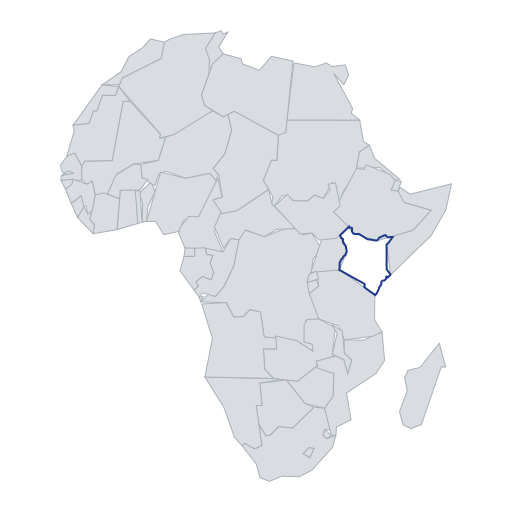 Kenya highlighted on a map of Africa
{"feature_id": "KEN", "entity_name": "Kenya", "entity_type": "country or territory", "adm_level": 0, "iso_a3": "KEN", "parent_name": "Africa", "parent_adm1": "", "projection": "orthographic", "projection_center": [37.674, 0.4], "detail": "fine", "context": "in_parent", "style": "outline", "palette": "blue", "viewbox_px": 512, "rotation_deg": 0, "n_neighbors": 49, "source": "natural_earth", "source_scale": "50m", "svg_char_len": 12654}
<svg xmlns="http://www.w3.org/2000/svg" viewBox="0 0 512 512"><path d="M339.5,269.9L374.8,294.8L374.6,320.0L382.0,332.0L376.7,335.8L344.2,339.9L338.7,326.1L318.9,319.0L311.4,307.0L309.3,293.6L318.6,286.0L316.3,271.1L339.5,269.9Z" fill="#d9dde1" stroke="#a8b0b8" stroke-width="1"/><path d="M118.8,86.5L115.5,95.6L102.5,95.2L97.2,110.7L93.3,111.3L89.2,123.4L73.0,125.3L102.1,84.8L118.8,86.5Z" fill="#d9dde1" stroke="#a8b0b8" stroke-width="1"/><path d="M309.3,293.6L318.9,319.0L305.8,320.2L304.1,341.7L312.2,344.2L313.0,351.2L296.3,340.5L264.2,337.0L260.4,312.0L249.9,309.7L243.4,316.6L233.8,317.1L226.1,302.6L200.8,301.9L209.1,293.4L215.1,296.5L223.6,287.0L233.6,266.3L239.6,235.4L245.6,229.9L264.1,236.6L285.3,228.5L296.5,228.6L303.3,234.9L311.8,232.9L321.3,248.8L312.7,259.6L309.3,293.6Z" fill="#d9dde1" stroke="#a8b0b8" stroke-width="1"/><path d="M390.7,274.8L386.6,245.0L394.2,235.3L413.0,230.2L431.1,210.3L404.1,202.5L396.6,193.3L400.3,187.5L410.1,194.2L451.5,183.8L445.9,209.7L431.3,235.4L390.7,274.8Z" fill="#d9dde1" stroke="#a8b0b8" stroke-width="1"/><path d="M278.8,208.7L274.0,205.8L271.8,203.9L272.7,196.5L263.3,180.1L271.5,160.0L276.8,160.5L278.7,132.5L285.7,132.5L286.8,120.0L359.6,120.1L363.4,141.3L369.3,145.3L359.4,151.9L355.5,173.8L342.2,193.0L340.2,205.8L332.5,182.4L323.1,198.4L314.3,195.2L307.5,201.1L293.1,200.6L282.5,195.3L274.5,206.1L278.8,208.7Z" fill="#d9dde1" stroke="#a8b0b8" stroke-width="1"/><path d="M278.4,135.2L276.8,160.5L271.5,160.0L263.3,180.1L268.7,189.5L236.8,210.9L220.1,213.9L212.9,199.9L222.2,197.0L218.7,175.1L213.1,168.4L224.8,153.8L231.6,130.0L227.9,114.6L234.2,111.2L278.4,135.2Z" fill="#d9dde1" stroke="#a8b0b8" stroke-width="1"/><path d="M242.4,446.1L244.5,443.2L254.6,448.8L261.9,445.4L258.6,423.5L266.0,435.8L270.0,435.2L278.8,426.5L292.8,427.9L313.8,407.2L324.6,408.2L329.7,421.2L329.6,430.0L324.8,429.4L323.0,435.4L326.8,438.6L335.8,435.4L332.6,447.2L311.8,470.2L299.2,476.7L281.9,476.2L269.6,481.3L260.0,477.7L256.2,463.8L242.4,446.1ZM314.0,448.4L308.7,447.8L303.2,453.7L309.9,457.6L314.0,448.4Z" fill="#d9dde1" stroke="#a8b0b8" stroke-width="1"/><path d="M314.0,448.4L309.9,457.6L303.2,453.7L308.7,447.8L314.0,448.4Z" fill="#d9dde1" stroke="#a8b0b8" stroke-width="1"/><path d="M324.6,408.2L304.9,403.5L286.3,379.9L297.5,381.2L317.1,365.7L333.8,373.5L333.2,396.1L324.6,408.2Z" fill="#d9dde1" stroke="#a8b0b8" stroke-width="1"/><path d="M313.8,407.2L292.8,427.9L278.8,426.5L270.0,435.2L266.0,435.8L258.6,423.5L256.2,405.6L262.0,405.4L259.8,383.1L286.3,379.9L304.9,403.5L313.8,407.2Z" fill="#d9dde1" stroke="#a8b0b8" stroke-width="1"/><path d="M256.2,405.6L261.9,445.4L254.6,448.8L244.5,443.2L242.4,446.1L234.5,437.3L223.8,407.2L204.9,377.0L285.1,378.9L259.8,383.1L262.0,405.4L256.2,405.6Z" fill="#d9dde1" stroke="#a8b0b8" stroke-width="1"/><path d="M62.3,172.5L60.5,165.1L68.6,154.1L74.7,153.2L81.7,166.0L81.9,180.2L61.0,180.4L61.3,175.4L73.4,173.2L62.3,172.5Z" fill="#d9dde1" stroke="#a8b0b8" stroke-width="1"/><path d="M81.9,180.2L81.7,166.0L84.8,161.1L112.2,160.6L123.1,101.3L129.9,101.2L160.5,134.1L159.7,138.1L165.7,137.5L158.4,160.4L133.4,164.1L117.2,173.7L107.6,194.0L95.2,195.0L92.2,181.2L87.1,184.2L81.9,180.2Z" fill="#d9dde1" stroke="#a8b0b8" stroke-width="1"/><path d="M73.0,125.3L89.2,123.4L93.3,111.3L97.2,110.7L102.5,95.2L115.5,95.6L118.8,86.5L129.9,101.2L123.1,101.3L112.2,160.6L84.8,161.1L81.7,166.0L74.7,153.2L66.8,156.1L74.2,131.0L73.0,125.3Z" fill="#d9dde1" stroke="#a8b0b8" stroke-width="1"/><path d="M146.6,221.4L142.1,222.1L142.6,202.4L138.7,193.5L151.1,182.0L155.1,191.8L147.9,206.5L146.6,221.4Z" fill="#d9dde1" stroke="#a8b0b8" stroke-width="1"/><path d="M227.9,114.6L231.6,130.0L224.8,153.8L213.1,168.4L218.7,175.1L215.7,180.6L209.9,173.4L185.7,178.3L166.5,171.4L159.0,173.6L154.8,185.8L142.0,177.9L140.6,164.4L158.4,160.4L165.7,137.5L212.6,110.8L223.5,116.8L227.9,114.6Z" fill="#d9dde1" stroke="#a8b0b8" stroke-width="1"/><path d="M146.6,221.4L160.6,172.2L185.7,178.3L209.9,173.4L217.9,183.2L198.6,216.8L183.6,220.3L178.8,231.4L163.7,234.7L155.6,221.3L146.6,221.4Z" fill="#d9dde1" stroke="#a8b0b8" stroke-width="1"/><path d="M217.8,178.2L222.2,197.0L212.9,199.9L221.1,212.2L214.5,231.8L223.0,251.9L185.0,248.0L178.6,233.3L180.5,226.7L189.0,216.4L198.6,216.8L217.8,178.2Z" fill="#d9dde1" stroke="#a8b0b8" stroke-width="1"/><path d="M139.8,190.0L142.1,222.1L137.7,223.5L134.6,191.9L139.8,190.0Z" fill="#d9dde1" stroke="#a8b0b8" stroke-width="1"/><path d="M135.3,189.9L137.7,223.5L117.0,229.6L120.1,190.2L135.3,189.9Z" fill="#d9dde1" stroke="#a8b0b8" stroke-width="1"/><path d="M95.2,195.0L103.9,192.9L119.7,198.8L117.0,229.6L93.1,233.7L94.3,224.7L89.9,219.7L95.2,195.0Z" fill="#d9dde1" stroke="#a8b0b8" stroke-width="1"/><path d="M72.9,179.2L87.1,184.2L92.2,181.2L95.2,195.0L92.1,211.6L87.7,214.0L86.0,205.9L82.6,207.1L81.2,195.9L71.2,203.4L65.5,189.2L72.9,179.2Z" fill="#d9dde1" stroke="#a8b0b8" stroke-width="1"/><path d="M61.0,180.4L72.9,179.2L71.9,184.2L65.5,189.2L61.0,180.4Z" fill="#d9dde1" stroke="#a8b0b8" stroke-width="1"/><path d="M91.4,211.6L89.9,219.7L94.3,224.7L93.1,233.7L77.4,217.4L83.8,206.8L87.7,214.0L91.4,211.6Z" fill="#d9dde1" stroke="#a8b0b8" stroke-width="1"/><path d="M71.2,203.4L81.2,195.9L83.8,206.8L77.4,217.4L71.2,203.4Z" fill="#d9dde1" stroke="#a8b0b8" stroke-width="1"/><path d="M107.6,194.0L115.7,175.3L133.4,164.1L140.6,164.4L142.0,177.9L147.9,179.4L139.8,190.0L120.1,190.2L119.7,198.8L107.6,194.0Z" fill="#d9dde1" stroke="#a8b0b8" stroke-width="1"/><path d="M296.5,228.6L277.2,229.4L264.1,236.6L245.6,229.9L238.9,240.0L230.7,238.5L223.5,248.3L214.5,227.0L220.1,213.9L236.8,210.9L268.7,189.5L271.8,203.9L296.5,228.6Z" fill="#d9dde1" stroke="#a8b0b8" stroke-width="1"/><path d="M238.9,240.0L233.6,266.3L223.6,287.0L215.1,296.5L203.1,292.9L199.0,296.9L193.9,289.8L198.3,286.2L195.9,281.8L202.4,276.3L211.1,279.8L213.7,272.3L210.1,263.1L212.7,255.4L206.7,254.6L205.5,248.2L223.0,251.9L230.7,238.5L238.9,240.0Z" fill="#d9dde1" stroke="#a8b0b8" stroke-width="1"/><path d="M194.7,248.2L204.8,247.8L206.7,254.6L212.7,255.4L210.1,263.1L213.7,272.3L211.1,279.8L202.4,276.3L195.9,281.8L198.3,286.2L193.9,289.8L179.9,270.7L184.0,256.5L194.6,256.2L194.7,248.2Z" fill="#d9dde1" stroke="#a8b0b8" stroke-width="1"/><path d="M185.0,248.0L194.7,248.2L194.6,256.2L184.0,256.5L185.0,248.0Z" fill="#d9dde1" stroke="#a8b0b8" stroke-width="1"/><path d="M318.9,319.0L335.4,327.8L332.3,354.2L335.7,355.9L316.4,361.2L317.1,365.7L297.5,381.2L273.5,378.5L264.6,369.3L263.5,348.8L276.6,348.9L275.3,336.0L296.3,340.5L313.0,351.2L312.2,344.2L304.1,341.7L304.1,324.4L307.6,319.4L318.9,319.0Z" fill="#d9dde1" stroke="#a8b0b8" stroke-width="1"/><path d="M332.3,324.9L342.3,331.0L344.4,353.3L351.8,360.0L347.7,374.0L343.9,360.0L332.3,354.2L337.1,333.4L332.3,324.9Z" fill="#d9dde1" stroke="#a8b0b8" stroke-width="1"/><path d="M344.2,339.9L363.3,340.2L382.0,332.0L384.6,360.5L376.0,373.5L346.5,392.9L351.1,419.7L336.5,427.1L335.8,435.4L331.3,435.4L324.6,408.2L333.2,396.1L333.8,373.5L317.6,368.1L316.4,361.2L335.7,355.9L343.9,360.0L347.7,374.0L351.8,360.0L344.4,353.3L344.2,339.9Z" fill="#d9dde1" stroke="#a8b0b8" stroke-width="1"/><path d="M331.3,435.4L326.8,438.6L323.0,435.4L324.8,429.4L331.3,435.4Z" fill="#d9dde1" stroke="#a8b0b8" stroke-width="1"/><path d="M199.0,296.9L203.3,296.6L200.8,301.9L199.0,296.9ZM201.7,304.0L226.1,302.6L233.8,317.1L243.4,316.6L249.9,309.7L260.4,312.0L264.2,337.0L276.0,338.0L276.6,348.9L263.5,348.8L264.6,369.3L273.5,378.5L204.9,377.0L212.4,338.2L201.7,304.0Z" fill="#d9dde1" stroke="#a8b0b8" stroke-width="1"/><path d="M316.7,279.7L318.6,286.0L309.3,293.6L307.2,282.5L316.7,279.7Z" fill="#d9dde1" stroke="#a8b0b8" stroke-width="1"/><path d="M439.3,343.3L445.6,367.0L441.2,367.0L421.4,424.6L411.0,428.6L403.0,424.9L399.5,411.4L407.3,390.7L404.6,377.9L407.9,370.3L419.9,367.5L439.3,343.3Z" fill="#d9dde1" stroke="#a8b0b8" stroke-width="1"/><path d="M61.3,175.4L69.0,170.7L73.4,173.2L61.3,175.4Z" fill="#d9dde1" stroke="#a8b0b8" stroke-width="1"/><path d="M208.6,69.9L205.5,48.4L215.2,32.9L221.1,30.7L223.1,34.1L227.8,32.1L218.6,47.1L223.3,53.8L208.6,69.9Z" fill="#d9dde1" stroke="#a8b0b8" stroke-width="1"/><path d="M118.8,86.5L122.2,78.0L161.1,58.5L164.3,42.3L169.6,39.3L183.2,34.5L215.2,32.9L205.5,48.4L209.4,59.6L208.9,75.0L201.5,94.8L204.4,105.2L212.6,110.8L173.7,134.7L159.7,138.1L160.5,134.1L118.8,86.5Z" fill="#d9dde1" stroke="#a8b0b8" stroke-width="1"/><path d="M356.6,168.2L359.4,151.9L369.3,145.3L374.8,158.5L399.8,179.4L395.1,180.4L379.8,167.6L356.6,168.2Z" fill="#d9dde1" stroke="#a8b0b8" stroke-width="1"/><path d="M102.1,84.8L121.2,71.6L128.9,56.6L142.3,48.0L150.5,38.9L164.3,42.3L161.1,58.5L122.2,78.0L119.5,84.9L102.1,84.8Z" fill="#d9dde1" stroke="#a8b0b8" stroke-width="1"/><path d="M359.6,120.1L286.8,120.0L294.0,62.9L314.6,66.9L326.6,63.0L331.9,66.6L345.2,64.9L348.6,74.9L343.8,84.7L333.6,73.4L352.5,108.2L351.4,113.3L359.6,120.1Z" fill="#d9dde1" stroke="#a8b0b8" stroke-width="1"/><path d="M292.9,61.0L285.7,132.5L278.4,135.2L234.2,111.2L223.5,116.8L204.4,105.2L201.5,94.8L212.7,63.8L223.3,53.8L241.2,58.8L242.5,63.9L259.3,70.3L271.5,56.4L292.9,61.0Z" fill="#d9dde1" stroke="#a8b0b8" stroke-width="1"/><path d="M431.1,210.3L413.0,230.2L377.2,240.7L354.5,233.9L333.4,211.7L356.6,168.2L364.1,169.6L366.1,164.8L390.1,174.5L395.1,180.4L391.3,190.2L398.0,191.0L404.1,202.5L431.1,210.3Z" fill="#d9dde1" stroke="#a8b0b8" stroke-width="1"/><path d="M395.1,180.4L401.3,181.4L398.0,191.0L391.3,190.2L395.1,180.4Z" fill="#d9dde1" stroke="#a8b0b8" stroke-width="1"/><path d="M339.5,269.9L310.8,272.5L321.9,238.3L340.2,235.2L343.3,239.9L347.0,250.9L339.5,269.9Z" fill="#d9dde1" stroke="#a8b0b8" stroke-width="1"/><path d="M316.3,271.1L318.6,278.8L307.2,282.5L308.9,274.4L316.3,271.1Z" fill="#d9dde1" stroke="#a8b0b8" stroke-width="1"/><path d="M319.1,240.1L311.8,232.9L300.4,234.1L274.5,206.1L287.1,194.4L293.1,200.6L307.5,201.1L314.3,195.2L323.1,198.4L330.1,190.0L328.1,184.2L335.5,182.8L340.2,205.8L333.4,211.7L348.8,226.9L336.1,238.3L319.1,240.1Z" fill="#d9dde1" stroke="#a8b0b8" stroke-width="1"/><path d="M339.5,270.3L339.4,269.1L339.6,266.2L339.6,263.7L339.7,262.4L340.3,261.6L340.6,261.0L340.8,260.2L341.2,259.5L341.9,259.0L342.0,258.7L342.8,257.8L343.3,256.6L343.7,256.2L344.1,255.9L344.4,255.7L344.9,255.5L345.3,255.4L345.5,255.1L345.3,254.4L345.5,254.1L345.8,253.6L346.1,253.2L346.4,252.9L346.5,252.6L346.6,252.1L346.6,251.7L346.6,251.1L346.5,249.8L346.2,248.7L346.0,247.4L346.1,247.0L345.9,246.3L345.5,246.1L345.3,245.4L345.1,244.8L344.9,244.6L344.0,244.1L343.6,242.8L343.1,242.5L342.8,241.2L342.8,240.8L343.1,239.5L343.1,239.2L342.8,238.9L341.9,238.7L341.2,238.1L341.3,237.9L341.0,237.6L340.0,235.4L341.3,234.1L342.7,232.8L344.4,231.1L346.0,229.5L347.4,228.2L348.6,227.0L348.6,227.5L349.0,227.8L349.3,227.7L349.7,227.5L350.0,227.4L351.8,227.9L352.1,228.4L352.1,228.8L352.1,229.2L352.0,229.5L351.9,230.6L351.9,231.5L352.4,232.2L352.9,232.8L353.3,233.5L353.6,233.8L354.0,233.9L355.3,233.9L357.1,234.0L358.9,234.0L359.1,234.0L359.5,234.2L361.1,235.2L362.7,236.2L363.9,237.0L365.2,237.8L366.4,238.6L367.4,239.2L368.3,239.4L369.8,239.5L370.8,239.6L371.8,239.8L373.2,240.1L374.3,240.2L374.9,240.4L376.7,240.5L377.0,240.4L377.8,239.7L378.7,238.5L379.0,237.9L380.2,237.2L382.2,236.3L383.6,235.7L385.2,235.1L385.9,235.6L386.9,236.5L387.3,236.9L387.7,237.1L388.2,237.3L388.9,237.3L389.2,237.2L389.9,237.1L391.6,237.0L392.6,237.0L391.8,238.2L390.8,239.6L389.0,242.2L387.7,243.6L386.6,244.6L386.5,244.8L386.5,245.9L386.6,248.8L386.6,254.4L386.6,260.0L386.6,265.6L386.7,268.4L386.7,269.4L387.6,270.6L388.5,271.7L389.6,273.3L390.3,274.1L390.4,274.3L390.3,274.9L389.4,276.0L388.6,276.6L387.5,276.8L387.2,276.8L386.8,276.6L386.6,276.9L386.5,277.3L386.2,277.2L386.2,277.8L386.3,278.2L386.1,278.7L385.6,279.2L385.5,279.5L384.4,280.5L382.8,280.6L382.0,281.1L381.6,281.5L381.3,282.4L381.4,283.7L381.0,284.8L380.9,285.3L380.0,285.9L379.7,286.5L379.4,287.2L379.2,287.4L378.9,288.8L378.5,289.7L378.4,290.0L378.0,290.7L377.8,291.0L377.7,291.3L376.7,293.4L375.9,294.4L375.3,294.3L374.9,294.7L374.9,294.9L374.7,294.8L374.2,294.4L373.2,293.7L372.2,292.9L371.1,292.2L370.1,291.5L369.1,290.7L368.1,290.0L367.0,289.3L366.0,288.5L365.4,288.1L365.2,287.8L365.0,287.3L364.9,287.2L364.6,287.0L364.3,287.0L364.2,286.9L364.2,286.7L364.3,286.3L364.7,285.6L364.7,285.2L364.6,284.8L364.5,284.1L364.4,283.9L363.7,283.5L362.3,282.7L360.9,281.9L359.5,281.1L358.0,280.3L356.6,279.6L355.2,278.8L353.8,278.0L352.3,277.2L350.9,276.4L349.5,275.6L348.1,274.8L346.7,274.0L345.2,273.2L343.8,272.4L342.4,271.6L341.0,270.8L340.4,270.5L340.0,270.3L339.5,270.3ZM386.7,278.0L386.6,277.7L387.4,277.2L387.7,277.3L387.7,277.5L386.7,278.0Z" fill="none" stroke="#1e3a8a" stroke-width="2"/></svg>